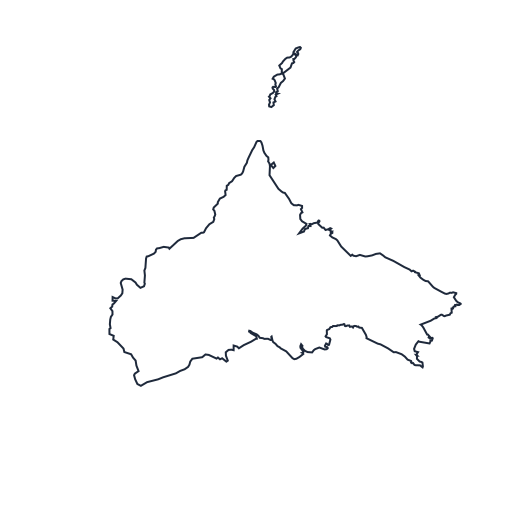 Western Area Rural, Western, Sierra Leone, rotated 155°
{"feature_id": "65957751B56468197775265", "entity_name": "Western Area Rural", "entity_type": "district", "adm_level": 2, "iso_a3": "SLE", "parent_name": "Sierra Leone", "parent_adm1": "Western", "projection": "albers", "projection_center": [-13.169, 8.289], "detail": "fine", "context": "isolated", "style": "outline", "palette": "slate", "viewbox_px": 512, "rotation_deg": 155, "n_neighbors": 0, "source": "geoboundaries", "source_scale": "gbopen_adm2", "svg_char_len": 6128}
<svg xmlns="http://www.w3.org/2000/svg" viewBox="0 0 512 512"><g transform="rotate(155 256 256)"><path d="M310.5,179.6L304.7,180.4L296.7,180.4L291.3,181.0L290.2,180.7L289.7,183.2L293.4,188.5L293.5,189.6L294.2,190.4L293.7,191.1L292.8,190.4L291.5,188.0L288.5,184.7L287.5,182.6L287.2,180.3L284.5,178.6L283.5,177.4L280.1,175.9L278.3,173.7L277.5,173.4L277.1,173.6L276.3,176.3L275.9,176.4L276.8,172.4L276.8,170.7L275.4,168.1L274.6,165.2L273.1,163.2L272.7,161.9L268.9,156.8L266.1,148.0L264.9,146.3L262.8,145.8L259.4,146.1L254.6,147.2L254.7,148.3L255.0,148.7L253.9,148.6L253.5,149.3L254.5,154.0L253.9,155.6L252.4,157.0L251.9,154.9L252.8,154.4L252.7,152.1L251.7,149.3L249.8,147.1L245.9,144.9L243.5,146.2L241.7,146.6L237.3,146.3L233.3,142.3L231.5,141.7L230.4,141.9L229.9,142.2L229.9,143.2L231.6,144.5L231.5,145.5L229.4,147.1L228.9,146.6L228.3,145.0L227.6,144.6L227.3,144.7L223.9,148.8L223.9,150.2L226.7,152.9L226.9,153.8L224.8,155.1L223.3,158.6L222.9,158.9L220.5,158.8L218.6,160.0L216.8,159.5L215.8,160.0L212.9,158.6L212.2,158.4L211.6,158.8L209.8,157.9L208.5,157.9L206.6,157.2L205.0,157.2L204.7,156.8L205.0,155.1L204.7,154.7L204.1,154.4L202.7,154.4L200.8,153.6L200.8,152.1L198.8,151.6L198.3,150.2L197.1,151.1L196.0,150.9L194.7,150.0L194.2,149.1L193.0,148.8L192.7,147.5L190.4,146.1L189.7,138.1L190.0,135.8L190.6,134.8L182.7,125.1L180.5,123.3L175.4,116.5L171.9,110.6L169.7,109.7L165.5,105.4L163.6,101.9L162.4,98.0L159.8,95.3L159.8,94.7L160.5,93.9L159.9,92.9L158.9,92.6L158.4,90.3L157.6,89.6L153.6,87.6L152.1,84.7L151.4,85.4L150.2,89.1L150.8,90.0L152.3,91.2L153.6,94.8L152.4,97.2L152.7,98.4L151.9,97.8L152.2,99.0L149.8,100.4L152.4,102.6L152.0,105.0L148.6,108.2L144.8,110.1L144.2,109.3L135.7,103.4L133.9,104.9L133.7,105.5L132.3,105.0L130.6,106.8L130.9,107.4L133.1,107.6L134.0,109.2L133.5,109.7L132.6,109.4L133.4,112.1L134.1,112.5L134.6,120.6L135.2,123.4L135.7,124.2L125.0,123.5L120.7,124.0L118.9,123.5L118.4,123.6L118.5,124.5L116.9,124.1L113.2,124.6L112.4,124.3L111.0,122.1L110.4,121.7L108.9,121.7L105.2,120.9L103.9,121.9L102.6,121.9L101.1,125.6L100.4,125.2L99.9,125.8L99.4,125.4L98.4,126.6L96.7,126.2L96.7,127.1L96.3,127.5L95.5,127.1L94.6,127.1L93.8,126.2L92.4,125.7L90.7,126.1L90.8,126.6L92.6,128.7L93.5,130.8L94.1,135.0L91.9,136.6L90.5,137.1L90.2,137.7L92.7,139.8L94.2,139.9L95.7,140.8L97.4,140.7L99.4,141.1L100.7,142.1L103.1,145.2L107.9,151.7L108.7,153.4L110.7,160.3L112.9,161.7L114.4,163.7L116.1,166.9L116.8,169.8L115.8,169.5L115.7,171.5L118.7,174.1L118.5,174.6L119.8,176.3L121.5,176.4L122.5,178.8L126.3,183.3L133.5,193.4L139.4,200.2L140.6,202.8L142.5,206.0L146.4,207.2L150.6,207.5L155.4,208.7L157.2,209.4L161.4,213.1L165.4,213.5L167.6,215.1L168.2,216.5L170.1,216.1L174.8,228.6L175.7,235.8L176.5,237.6L179.0,240.6L180.3,243.4L178.9,244.5L177.1,244.6L176.6,245.6L178.1,245.4L178.2,245.9L177.2,246.4L178.5,248.4L176.3,249.1L177.0,249.9L179.2,249.7L182.0,250.2L182.7,253.1L184.0,253.6L186.0,258.5L185.9,259.4L183.9,260.5L183.7,261.2L184.3,261.7L185.1,261.3L186.0,260.3L189.7,261.3L192.6,261.2L192.9,262.0L193.9,262.3L194.1,260.2L195.8,261.0L197.2,259.2L198.8,259.6L200.5,259.5L202.2,257.9L207.4,258.3L202.2,261.1L198.0,262.4L196.7,263.8L199.6,268.0L200.2,270.8L198.7,274.6L197.2,275.8L195.5,275.9L195.5,279.5L193.9,280.1L193.1,281.9L195.9,284.4L197.5,284.6L200.3,286.1L201.7,288.9L201.9,293.8L203.2,301.0L204.6,302.0L205.6,303.6L207.3,307.4L209.6,323.5L205.4,331.5L204.7,334.0L205.0,336.7L204.1,337.8L203.2,340.2L204.2,342.3L204.8,345.9L204.7,348.5L203.5,353.2L203.1,356.6L203.4,358.3L206.0,359.6L207.3,359.2L211.8,355.3L214.5,353.7L221.0,348.4L223.4,346.3L224.9,344.3L228.8,341.8L232.0,338.0L233.7,336.7L235.4,336.1L240.2,336.9L242.7,336.0L246.1,333.9L249.6,333.4L251.0,332.2L252.8,332.0L254.6,328.4L255.9,328.4L256.6,327.8L257.8,324.1L260.4,323.3L264.5,323.3L267.9,320.9L268.5,319.6L273.8,317.8L275.1,316.3L274.6,314.5L275.4,310.8L276.7,309.5L278.0,308.6L278.2,307.1L280.3,305.0L284.8,304.5L289.5,302.3L293.1,299.5L294.2,299.5L295.7,300.2L304.9,298.8L313.4,302.3L317.1,303.0L320.5,302.7L331.4,299.2L331.5,300.5L335.8,303.3L340.3,304.0L342.5,304.7L344.0,304.0L345.2,302.2L347.5,301.3L353.6,301.3L355.3,301.7L356.7,300.2L361.3,291.9L363.3,290.0L364.9,285.3L368.4,279.1L368.5,277.8L370.3,275.9L374.2,276.0L376.1,280.3L376.4,282.9L378.8,287.6L383.8,290.6L386.2,290.9L388.6,290.1L390.0,288.7L391.1,281.9L392.9,278.7L395.2,277.3L399.4,276.0L401.3,277.0L403.3,279.4L404.9,276.1L401.8,274.4L404.9,273.0L406.6,272.7L407.7,270.9L410.1,270.2L409.4,266.7L410.8,263.6L413.2,262.2L414.9,260.1L417.3,255.9L418.3,252.1L419.7,251.8L421.8,247.2L418.7,243.8L420.7,240.6L418.0,236.4L415.2,228.1L415.9,224.6L410.7,219.7L410.4,215.9L409.3,212.1L410.7,207.2L411.1,201.3L415.5,200.6L416.9,199.5L417.6,195.4L417.6,190.1L415.2,187.0L408.0,187.7L396.9,185.6L391.4,185.3L378.2,183.5L373.3,183.9L368.5,183.5L364.4,184.2L362.3,185.6L360.2,188.1L357.1,189.8L347.5,187.0L343.4,188.1L340.6,186.3L335.1,179.7L333.4,180.1L332.3,177.6L329.9,177.6L327.5,172.8L325.8,173.1L325.4,178.3L324.1,181.5L320.6,182.5L317.9,181.5L316.1,180.1L314.1,184.3L311.3,181.8L310.5,179.6ZM180.3,387.6L180.8,386.0L179.1,384.5L176.1,385.2L175.3,387.8L173.0,387.8L173.0,390.3L171.1,392.1L169.9,392.2L169.9,393.9L167.7,393.9L169.0,394.8L168.9,395.4L168.2,396.0L166.6,396.2L166.1,398.8L164.1,399.4L160.3,402.4L157.5,403.1L154.8,404.6L154.5,408.9L155.1,410.4L157.7,410.6L160.0,411.4L164.1,411.0L166.0,409.6L165.0,408.4L164.8,407.3L165.0,404.4L165.9,403.5L166.3,401.1L166.9,400.9L169.0,402.1L169.8,401.8L170.1,400.7L169.5,398.8L169.9,397.4L171.8,396.6L174.8,396.4L176.0,395.2L176.9,394.9L176.2,392.8L178.1,391.8L178.4,389.3L180.3,387.6ZM153.6,414.4L155.1,411.5L153.6,410.3L145.1,412.2L142.0,415.4L140.6,415.1L139.4,415.6L139.5,417.1L138.9,418.7L138.1,418.3L135.9,419.2L134.9,420.2L135.5,422.2L136.4,423.8L138.1,422.5L140.3,421.7L141.9,421.8L143.9,422.6L146.0,422.3L149.4,420.9L150.8,419.9L154.4,418.8L154.5,415.7L153.6,414.4ZM132.3,427.3L136.0,424.9L136.0,423.9L133.4,420.3L132.3,421.2L132.1,422.2L132.6,423.6L130.6,424.4L128.5,424.7L127.4,425.7L127.8,426.8L129.4,427.1L132.3,427.3ZM204.1,332.2L203.1,328.4L200.4,329.4L200.4,333.2L204.1,332.2Z" fill="none" stroke="#1e293b" stroke-width="2"/></g></svg>